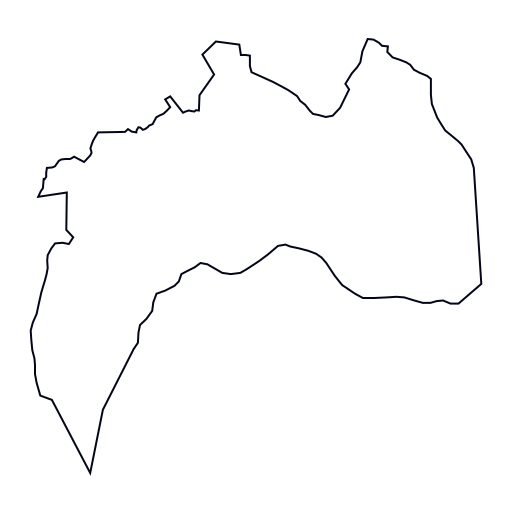 outline of Johor Bahru, Johor, Malaysia
{"feature_id": "92858781B42177808662163", "entity_name": "Johor Bahru", "entity_type": "district", "adm_level": 2, "iso_a3": "MYS", "parent_name": "Malaysia", "parent_adm1": "Johor", "projection": "natural_earth1", "projection_center": [103.741, 1.468], "detail": "fine", "context": "isolated", "style": "outline", "palette": "ink", "viewbox_px": 512, "rotation_deg": 0, "n_neighbors": 0, "source": "geoboundaries", "source_scale": "gbopen_adm2", "svg_char_len": 2208}
<svg xmlns="http://www.w3.org/2000/svg" viewBox="0 0 512 512"><path d="M43.7,179.1L42.9,188.2L40.8,191.2L38.2,196.8L66.8,192.5L66.3,229.9L73.2,237.3L68.9,244.0L62.6,242.8L55.1,243.4L51.4,248.3L47.7,255.1L47.2,260.6L47.7,268.0L46.6,274.1L45.0,280.2L43.5,285.1L41.3,292.5L38.7,304.2L36.6,314.0L32.8,322.6L30.7,330.6L31.3,339.8L32.3,350.2L34.4,358.2L35.0,364.9L35.0,374.1L36.6,382.7L40.3,395.6L51.9,399.9L90.2,473.0L102.9,409.7L133.7,349.0L137.9,342.8L138.5,332.4L140.0,325.0L146.4,318.9L152.2,310.9L153.3,302.3L156.5,293.7L165.0,290.7L174.5,285.8L178.8,281.5L181.4,274.1L187.3,271.0L194.7,267.3L200.5,263.0L207.4,264.3L214.9,268.6L222.3,272.9L230.8,274.1L240.3,272.9L246.7,269.2L258.9,261.2L267.9,254.5L278.0,245.9L285.5,244.6L290.2,246.5L298.7,248.3L308.3,250.8L316.2,253.8L321.5,257.5L326.3,263.0L334.8,275.9L342.2,285.1L355.0,293.7L362.9,298.0L374.1,298.0L386.8,297.4L396.4,296.8L404.3,297.4L414.4,300.5L422.9,302.9L430.3,302.9L436.7,301.1L443.1,300.5L450.5,303.6L458.5,303.6L481.3,283.9L473.8,167.9L471.2,159.3L466.4,152.0L461.6,144.6L457.9,140.9L450.5,134.8L445.2,130.5L440.9,123.7L437.2,117.6L431.9,104.1L430.9,94.9L430.9,87.5L430.9,78.9L427.1,75.9L419.7,72.8L413.9,69.7L410.2,64.8L406.4,62.4L400.1,59.9L392.6,57.4L387.3,51.9L387.9,46.4L382.0,45.8L378.9,42.7L373.5,39.6L367.7,39.0L362.4,51.3L360.3,62.4L357.1,67.3L351.8,73.4L345.4,83.8L349.1,89.4L340.1,107.8L332.7,115.7L325.8,117.0L318.9,115.1L313.0,113.9L309.9,110.8L305.1,104.7L300.3,101.0L297.1,96.1L288.1,90.0L273.2,82.0L251.5,72.2L249.9,66.0L249.9,59.9L249.9,55.6L245.7,55.0L240.9,55.0L239.3,44.6L215.9,41.5L202.4,54.6L214.1,74.5L199.5,95.2L198.9,110.5L196.0,110.2L194.3,111.5L191.9,111.2L188.9,110.5L185.6,111.5L183.0,112.7L170.2,96.4L165.2,99.4L170.2,107.2L166.3,111.2L163.4,113.8L159.5,115.5L156.3,117.3L152.6,124.1L149.1,125.6L147.6,127.3L145.0,129.1L142.8,129.8L140.4,127.6L138.4,127.3L136.7,130.1L136.3,132.4L131.7,131.6L128.0,129.1L125.0,131.9L98.0,132.4L94.7,137.9L93.0,140.9L91.7,144.4L90.4,148.4L91.3,151.2L91.5,153.0L90.2,155.5L84.1,162.0L74.1,156.7L71.7,158.2L70.0,159.0L65.4,159.0L61.1,159.5L58.7,161.0L55.0,166.3L52.0,167.5L46.9,167.9L46.2,172.6L46.2,176.9L44.5,179.3L43.7,179.1Z" fill="none" stroke="#020617" stroke-width="2"/></svg>